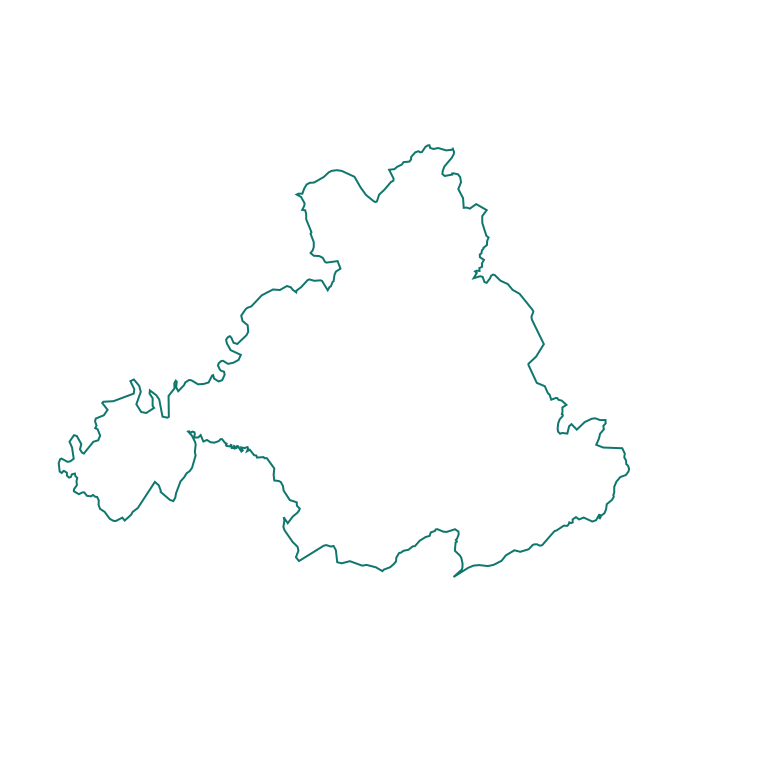 Coatzingo, Puebla, Mexico, rotated 26°
{"feature_id": "50627088B82635679663989", "entity_name": "Coatzingo", "entity_type": "district", "adm_level": 2, "iso_a3": "MEX", "parent_name": "Mexico", "parent_adm1": "Puebla", "projection": "natural_earth1", "projection_center": [-98.173, 18.574], "detail": "fine", "context": "isolated", "style": "outline", "palette": "teal", "viewbox_px": 768, "rotation_deg": 26, "n_neighbors": 0, "source": "geoboundaries", "source_scale": "gbopen_adm2", "svg_char_len": 6165}
<svg xmlns="http://www.w3.org/2000/svg" viewBox="0 0 768 768"><g transform="rotate(26 384 384)"><path d="M126.8,592.4L125.9,593.6L126.3,597.7L130.9,604.9L133.3,605.2L134.1,602.6L135.1,602.4L137.9,602.8L139.1,605.3L142.0,606.2L143.3,604.7L143.1,602.0L145.4,600.0L146.8,601.9L149.5,602.9L150.2,606.1L152.3,609.5L151.5,614.6L152.3,616.4L158.1,616.8L160.3,613.8L162.1,612.8L166.0,614.7L169.9,613.4L171.1,611.3L173.8,611.9L175.7,611.3L178.7,613.7L180.4,617.7L183.5,620.7L189.0,621.4L196.6,625.4L200.9,625.6L203.1,624.6L207.4,618.8L210.8,620.4L214.0,612.5L214.2,609.1L217.1,603.4L221.0,572.4L226.0,573.8L230.1,577.7L230.5,578.9L242.4,582.0L246.0,581.6L246.2,577.6L245.0,573.4L243.8,560.8L245.3,555.4L245.7,550.9L247.6,547.3L248.2,543.4L246.0,530.8L243.8,528.1L241.3,521.0L239.7,519.0L234.1,514.7L228.8,512.6L229.5,512.0L231.6,512.6L232.6,510.8L234.7,510.5L235.9,511.8L236.4,514.3L237.5,515.0L240.5,513.5L241.6,510.3L246.9,514.9L249.4,511.9L253.6,512.4L257.2,511.1L260.4,507.9L261.4,505.1L262.7,504.6L266.9,506.6L268.8,506.7L268.7,508.2L269.8,508.7L273.2,507.5L273.0,505.9L273.6,505.8L275.2,508.3L276.3,507.7L276.4,505.5L277.4,505.8L278.1,507.4L279.5,506.1L278.9,504.5L279.8,503.9L285.4,507.2L286.2,505.7L283.5,503.6L286.9,502.6L289.0,500.5L290.2,501.8L290.4,504.5L292.2,501.9L298.4,504.9L300.6,504.3L302.1,505.8L307.8,502.5L309.1,503.1L311.2,502.0L322.4,508.0L324.7,514.2L327.7,518.8L332.0,517.3L334.3,517.4L337.9,520.0L340.5,523.8L350.2,529.6L357.4,528.6L359.1,531.6L363.0,533.0L363.1,535.0L362.6,537.7L360.1,543.1L358.5,551.3L352.2,547.7L354.3,550.3L356.2,556.5L358.6,559.0L371.3,566.1L377.7,568.2L380.2,571.4L380.8,578.3L385.2,580.4L400.7,555.8L402.7,554.1L407.5,553.4L409.7,551.7L413.6,554.5L420.1,564.7L424.6,563.7L431.0,558.2L444.1,556.8L447.7,554.2L457.2,552.3L464.6,552.9L465.2,550.9L469.9,545.9L471.6,541.8L472.6,538.2L471.2,534.7L471.7,529.1L473.1,528.3L474.5,525.5L478.7,522.2L480.8,517.6L482.9,516.1L484.8,509.2L488.4,503.4L491.6,500.5L491.1,496.9L494.2,493.8L494.2,492.1L495.6,491.1L502.2,490.7L505.3,489.4L511.5,483.4L515.6,484.0L517.0,486.3L517.5,491.2L516.9,492.6L518.6,493.7L517.8,495.0L520.8,502.8L527.5,504.9L529.7,506.4L533.3,510.9L534.9,514.5L535.3,516.7L531.1,527.0L540.3,512.2L544.3,507.8L549.0,505.0L557.2,502.1L561.8,498.5L567.2,491.3L568.6,484.7L574.1,476.3L580.0,475.1L586.5,469.1L588.2,463.6L589.4,462.2L591.8,461.0L594.9,461.0L596.8,459.6L601.7,441.5L603.3,440.0L607.7,432.5L610.8,431.2L611.5,429.5L611.2,427.1L613.2,427.0L614.3,425.7L612.9,423.0L614.9,419.5L618.7,420.2L622.0,416.5L631.5,416.3L634.3,413.5L634.7,407.3L635.3,407.1L637.0,410.9L636.9,407.2L638.8,403.5L638.5,399.2L636.9,394.4L639.7,388.2L640.0,384.6L638.8,383.3L638.5,380.6L636.0,375.5L635.7,369.8L637.2,364.0L641.3,359.8L642.1,355.5L641.5,352.9L639.1,350.4L637.0,349.9L635.0,346.6L632.1,344.6L631.0,341.1L626.3,337.3L608.9,345.0L601.4,345.6L601.1,338.6L600.0,334.0L601.5,328.4L599.5,325.5L600.5,322.2L598.9,319.3L594.1,321.7L589.0,322.2L586.2,323.9L581.1,330.2L577.3,340.5L570.1,337.9L568.9,340.8L570.5,348.2L565.6,349.9L564.1,351.5L561.3,350.5L559.6,348.0L557.8,342.9L557.4,338.7L558.6,334.5L558.1,333.2L557.0,333.1L556.7,330.9L554.6,326.9L557.1,322.8L551.1,321.0L547.8,321.7L546.1,320.8L544.7,321.1L541.2,324.8L537.4,320.9L535.4,320.5L529.5,315.5L520.8,316.0L505.4,303.5L505.0,302.4L508.7,292.8L510.2,278.1L488.7,261.3L487.0,258.9L486.6,253.6L485.1,252.3L466.3,243.5L458.3,243.0L451.5,239.9L443.4,240.1L435.6,237.5L433.9,238.0L432.8,239.8L433.0,242.5L431.9,248.1L429.6,248.3L425.7,244.5L423.2,245.0L418.2,249.6L418.7,243.5L416.5,242.9L417.5,241.6L420.3,240.5L418.9,238.0L420.8,235.6L419.2,232.8L419.4,228.6L414.6,228.0L413.3,225.6L414.3,223.9L413.4,220.8L414.1,218.7L413.7,217.9L415.6,214.0L414.0,210.2L413.8,206.5L411.0,205.9L401.7,196.1L398.7,190.0L400.1,182.7L388.0,181.9L384.3,188.7L381.0,189.2L378.4,190.7L373.6,182.3L365.3,176.2L364.8,168.9L361.7,164.6L358.5,163.1L354.1,164.2L353.0,164.9L353.6,165.8L347.4,170.4L344.5,169.7L343.5,167.3L342.9,162.2L345.8,150.7L345.9,146.8L345.3,144.8L342.7,142.4L342.2,143.8L337.6,146.7L329.2,148.2L325.4,151.1L322.1,151.6L320.2,149.5L318.8,150.3L317.3,152.7L316.4,158.9L315.0,159.9L312.9,159.7L310.5,162.1L308.9,168.0L309.9,170.4L309.3,173.0L304.3,176.0L303.8,179.0L300.5,183.2L299.2,186.3L294.7,189.2L302.6,195.2L303.3,197.2L301.7,199.4L299.2,209.2L296.6,215.9L297.6,223.1L296.4,224.2L294.9,224.3L285.0,222.0L276.8,217.6L266.6,210.7L252.6,211.0L247.9,212.5L243.6,215.3L241.6,217.9L239.1,224.4L232.8,233.6L229.1,235.7L227.0,238.6L226.6,243.3L227.2,248.7L223.7,250.4L222.5,252.0L227.4,252.2L233.4,256.4L234.2,258.6L234.2,263.4L237.0,262.4L239.4,265.1L242.0,270.2L252.3,279.4L252.1,281.1L258.7,287.3L260.9,291.9L261.3,295.1L260.6,298.5L264.7,299.5L269.7,297.4L273.5,297.4L277.5,300.1L279.1,300.1L288.4,293.9L294.3,299.4L291.5,304.1L291.7,307.8L293.6,313.6L293.1,314.9L293.4,319.6L292.5,320.8L292.3,324.4L283.1,318.5L281.4,318.7L276.1,321.8L271.1,322.7L269.8,324.1L267.2,333.0L264.4,338.5L264.9,340.1L260.6,339.3L257.9,337.9L253.8,338.5L249.2,345.2L242.8,347.7L235.3,357.8L230.7,372.4L227.7,375.5L226.8,377.7L225.7,385.1L229.2,389.4L235.7,390.9L239.1,396.7L239.0,400.5L234.6,412.3L230.7,412.9L226.6,409.4L224.5,408.6L223.1,410.5L222.7,413.5L225.1,416.5L231.3,420.8L242.6,420.6L242.7,426.2L239.2,431.0L234.9,434.3L229.2,433.7L227.7,434.6L226.4,437.7L226.6,440.1L229.9,442.8L231.5,443.5L234.9,443.1L236.7,445.5L236.9,451.5L234.2,454.2L228.9,453.6L226.5,450.9L225.8,451.8L225.7,459.5L221.9,463.0L217.0,465.8L209.4,465.1L207.0,465.9L204.7,469.7L204.8,472.7L202.2,480.7L198.6,478.0L196.7,472.8L195.4,472.3L195.2,475.2L197.6,479.8L195.6,489.2L205.0,507.8L204.2,509.2L199.2,510.4L188.8,496.5L184.3,493.9L176.4,492.4L177.5,495.4L182.3,498.2L185.6,505.1L187.8,506.3L183.0,514.3L178.0,515.6L170.3,510.8L168.8,497.6L164.8,493.0L157.2,489.6L154.8,492.6L161.9,498.2L163.3,502.3L148.3,518.1L139.5,523.0L139.1,524.6L146.9,528.4L145.9,534.9L140.1,541.4L140.6,544.1L143.9,547.5L143.8,550.3L146.4,550.2L151.5,554.8L151.8,559.9L148.1,563.3L144.7,578.1L142.5,578.0L139.4,576.0L138.3,570.7L136.6,569.5L130.7,565.4L127.8,565.9L126.6,573.7L131.5,577.9L137.9,587.2L136.0,590.9L133.8,592.7L126.8,592.4Z" fill="none" stroke="#0f766e" stroke-width="2"/></g></svg>